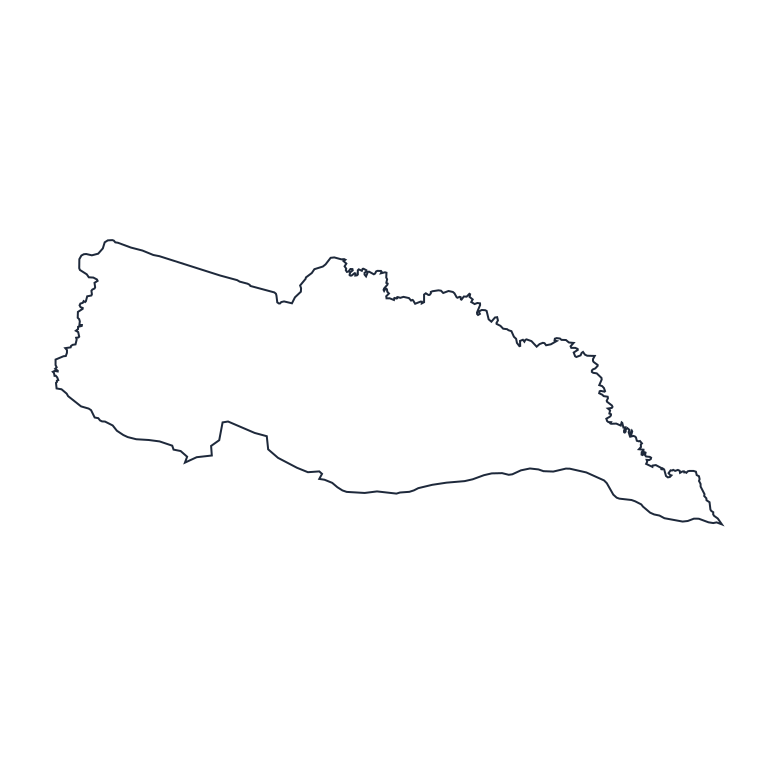 Libenge, Équateur, Democratic Republic of the Congo, rotated 267°
{"feature_id": "63176286B16720510237815", "entity_name": "Libenge", "entity_type": "district", "adm_level": 2, "iso_a3": "COD", "parent_name": "Democratic Republic of the Congo", "parent_adm1": "Équateur", "projection": "robinson", "projection_center": [18.997, 3.764], "detail": "fine", "context": "isolated", "style": "outline", "palette": "slate", "viewbox_px": 768, "rotation_deg": 267, "n_neighbors": 0, "source": "geoboundaries", "source_scale": "gbopen_adm2", "svg_char_len": 6090}
<svg xmlns="http://www.w3.org/2000/svg" viewBox="0 0 768 768"><g transform="rotate(267 384 384)"><path d="M396.7,56.8L395.6,61.7L391.0,66.6L388.4,67.9L377.5,80.3L374.9,87.8L373.2,90.1L365.7,93.3L364.8,96.9L362.5,98.5L361.4,100.5L361.1,103.4L356.8,110.9L351.3,114.8L346.7,121.0L344.4,125.3L341.8,133.7L340.4,146.1L338.4,156.9L333.5,169.3L329.5,170.4L327.7,177.4L321.7,183.6L315.9,181.1L320.7,193.1L321.6,208.3L331.2,208.1L336.5,216.5L354.1,220.8L354.7,226.3L341.9,252.3L338.0,264.2L324.8,264.9L315.8,274.3L304.9,292.7L299.9,303.4L300.1,314.8L297.5,317.4L292.6,314.4L291.5,319.6L288.0,327.1L283.4,332.0L279.9,336.9L278.2,341.1L276.2,359.0L277.1,371.4L273.9,390.7L274.8,394.3L275.0,403.7L276.2,408.3L278.2,412.8L280.8,426.9L282.2,441.2L282.8,459.5L284.2,467.6L287.7,479.0L289.1,486.9L288.8,497.3L286.8,503.8L287.1,507.4L290.6,516.2L292.0,525.3L290.6,533.8L288.6,538.7L287.7,548.5L290.0,561.2L289.7,565.1L285.1,581.4L276.2,598.7L273.3,601.3L261.5,607.2L258.3,610.4L257.2,613.0L255.2,625.1L253.7,628.7L250.3,634.6L248.0,636.2L241.6,643.0L239.6,646.9L238.2,652.2L235.3,657.0L231.0,675.0L231.3,680.2L233.3,686.4L233.0,691.3L228.9,700.8L227.9,705.5L228.4,708.9L226.1,714.1L232.2,710.3L235.1,706.7L236.6,705.9L238.7,706.1L240.1,704.2L241.5,703.4L248.9,702.9L251.0,700.0L253.0,699.9L255.4,697.9L257.2,698.3L265.0,694.8L267.7,694.9L270.7,693.5L272.5,694.2L275.4,693.7L276.7,691.5L280.1,690.9L281.0,688.5L281.2,684.3L280.9,682.8L279.5,681.3L280.2,680.4L280.0,679.2L281.1,678.9L281.0,677.4L279.8,675.0L281.9,674.7L282.8,673.0L282.0,670.2L283.1,668.3L282.5,667.1L282.8,665.7L280.1,663.5L278.2,664.9L277.7,666.2L276.2,664.6L275.9,662.6L277.4,660.8L284.0,659.3L285.1,657.9L284.2,657.3L284.4,656.5L285.7,656.4L288.8,651.2L288.5,648.0L287.2,647.7L290.5,641.6L292.7,642.8L294.5,642.3L294.2,644.9L295.1,646.5L296.4,646.9L297.3,645.6L297.9,641.9L299.2,641.0L301.8,641.6L302.2,640.8L301.8,639.8L300.2,639.5L299.5,638.5L300.0,637.5L302.5,637.8L303.8,639.6L304.8,639.7L305.5,635.2L307.6,637.3L310.2,637.3L311.2,638.5L313.7,636.6L313.4,635.5L314.1,633.5L317.5,632.8L318.5,631.8L319.1,630.3L318.6,627.7L323.7,629.4L324.5,629.0L320.3,626.5L323.1,625.8L325.3,626.7L327.2,624.7L325.9,623.0L323.8,622.8L322.9,621.9L323.2,621.3L324.6,621.2L328.1,622.7L328.0,620.8L332.7,619.9L333.2,619.3L330.1,618.2L332.3,613.9L332.4,608.7L332.8,608.0L334.0,608.7L334.2,606.1L335.3,604.9L337.7,604.2L339.5,607.8L340.6,608.9L341.9,609.1L342.7,607.5L345.8,608.4L347.8,606.3L348.2,610.2L349.2,611.0L350.6,610.5L354.6,605.8L355.6,605.5L358.1,606.9L359.6,606.7L360.4,602.7L361.8,601.5L363.5,598.4L365.5,599.0L365.8,600.0L364.8,603.8L365.3,604.4L368.5,603.4L370.5,601.7L371.6,598.9L377.0,601.6L378.7,601.5L383.5,597.0L384.2,593.5L385.2,592.2L386.6,592.3L387.6,593.3L388.5,595.8L390.9,598.3L391.8,598.4L395.0,594.5L396.2,593.9L397.9,594.0L401.0,595.9L401.6,588.4L402.8,586.2L405.6,584.4L404.7,583.0L402.3,581.8L400.9,577.5L401.7,576.3L405.5,575.1L407.9,579.3L408.9,579.2L410.1,576.8L410.3,572.9L411.9,572.3L415.1,575.5L415.8,570.8L418.4,568.0L418.8,563.5L420.2,562.1L420.8,558.8L420.3,557.0L418.6,556.6L417.9,558.7L414.9,552.7L414.2,547.9L416.4,546.4L416.8,544.8L415.7,541.4L413.3,538.4L419.1,533.5L421.1,528.7L420.7,527.5L418.9,526.4L420.9,525.0L419.9,522.1L414.9,522.0L414.7,521.2L418.1,518.9L422.2,518.3L424.4,516.2L430.1,514.0L431.2,511.1L432.3,509.8L433.0,505.9L436.0,503.3L438.1,499.6L439.0,499.5L441.5,501.1L444.8,500.5L444.6,498.3L440.6,494.5L443.1,491.9L451.6,490.3L452.4,488.9L452.8,485.5L451.4,482.4L449.0,483.4L448.0,481.5L448.9,480.7L450.5,480.6L457.8,484.1L459.5,484.1L460.0,481.4L459.1,478.7L461.3,475.4L463.8,477.0L466.5,474.0L469.1,474.7L469.6,474.0L466.9,471.1L467.2,468.3L464.2,465.8L464.5,465.2L466.8,465.0L467.1,464.1L466.3,461.9L466.8,461.1L470.9,459.1L472.3,457.6L473.5,453.3L471.8,447.9L474.2,445.8L474.7,443.3L474.1,437.3L473.5,435.6L472.0,435.5L470.6,434.2L470.6,433.0L472.4,430.5L471.2,428.7L463.6,428.3L462.5,425.9L464.2,426.1L464.4,424.9L462.5,419.3L466.1,417.4L466.5,416.7L465.9,415.4L468.5,413.4L470.0,408.0L469.2,404.8L470.1,402.2L469.9,401.6L468.9,401.6L468.7,400.6L469.4,399.3L469.2,398.7L467.4,398.3L469.3,394.1L469.4,391.0L471.5,390.8L474.1,393.7L476.0,392.1L478.4,391.9L479.1,391.1L479.0,390.4L476.9,389.0L478.0,388.5L479.4,389.1L483.0,392.6L484.1,392.9L484.9,391.6L488.4,392.6L490.2,391.8L495.0,392.3L495.5,390.8L494.7,386.7L496.2,387.5L497.1,386.9L497.3,383.2L496.8,382.0L494.8,380.9L494.1,379.6L497.0,374.9L496.8,373.8L492.4,371.7L494.3,370.3L496.1,370.4L497.3,372.3L498.5,372.4L500.2,369.5L500.1,368.7L498.2,367.8L499.8,364.8L498.9,363.8L494.7,363.6L493.9,362.6L493.8,361.0L495.9,361.3L496.2,360.4L494.0,357.3L494.0,356.0L494.7,355.3L497.2,356.1L499.1,358.7L500.4,358.5L500.6,356.5L498.1,354.3L497.9,352.8L499.7,351.8L501.2,352.3L503.6,350.8L506.2,352.7L508.9,350.0L510.1,351.9L510.8,350.7L510.7,348.0L513.0,341.0L512.8,337.3L506.5,331.9L504.5,329.1L502.3,320.5L498.6,317.7L494.5,311.6L493.1,311.2L486.8,305.4L484.0,306.2L480.5,305.8L475.2,299.6L469.4,296.3L471.7,288.5L471.2,285.7L469.9,284.4L469.9,283.3L471.1,281.7L478.0,281.2L479.8,280.8L481.2,279.3L488.9,255.7L490.1,255.0L491.3,253.0L493.8,245.2L495.4,242.8L501.0,225.8L523.4,166.4L524.9,160.4L529.9,149.8L533.5,138.4L539.0,125.6L539.5,123.1L541.3,121.7L541.9,120.3L541.9,115.7L540.1,112.5L534.1,110.3L529.1,105.4L527.8,99.0L529.4,93.4L529.3,91.0L528.1,88.5L524.6,86.3L515.6,85.7L513.8,86.3L509.1,92.9L506.0,94.8L505.5,99.3L503.4,102.8L502.0,103.4L500.2,100.2L495.7,100.6L494.5,99.9L493.6,97.7L492.4,96.7L488.9,97.0L487.7,96.4L487.1,92.2L482.2,90.6L481.5,89.8L482.5,88.4L480.8,87.4L480.2,85.0L478.5,84.1L476.6,85.0L475.7,87.1L474.8,87.0L472.0,82.1L466.2,81.6L464.7,83.0L462.4,83.5L458.9,82.9L458.7,85.4L457.8,85.2L457.1,81.5L454.8,81.3L453.3,79.1L451.9,81.3L447.2,82.1L446.5,81.3L446.3,79.0L444.4,79.4L439.7,78.0L439.4,75.1L438.4,73.5L437.0,73.0L436.5,67.6L434.4,69.2L431.7,69.0L428.6,67.7L428.5,65.4L425.6,57.3L420.1,57.0L417.8,58.0L416.4,56.4L414.3,58.9L413.6,58.8L414.3,55.7L413.5,53.9L412.3,55.0L409.4,55.4L409.5,56.6L407.7,58.0L404.9,58.9L404.4,57.5L403.2,57.5L402.3,56.5L396.7,56.8Z" fill="none" stroke="#1e293b" stroke-width="2"/></g></svg>